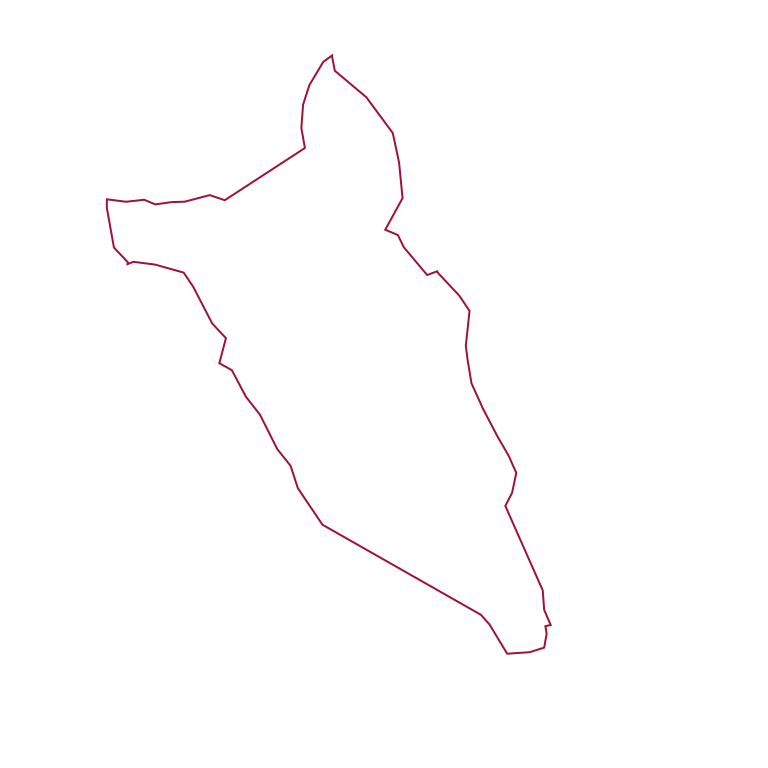 Morne Lastic, Soufrière, Saint Lucia, rotated 56°
{"feature_id": "8701671B74106328276296", "entity_name": "Morne Lastic", "entity_type": "district", "adm_level": 2, "iso_a3": "LCA", "parent_name": "Saint Lucia", "parent_adm1": "Soufrière", "projection": "robinson", "projection_center": [-61.059, 13.867], "detail": "fine", "context": "isolated", "style": "outline", "palette": "rose", "viewbox_px": 768, "rotation_deg": 56, "n_neighbors": 0, "source": "geoboundaries", "source_scale": "gbopen_adm2", "svg_char_len": 984}
<svg xmlns="http://www.w3.org/2000/svg" viewBox="0 0 768 768"><g transform="rotate(56 384 384)"><path d="M320.3,276.9L317.8,287.3L281.5,291.1L268.3,289.2L256.8,296.7L240.3,264.7L208.9,247.7L180.9,236.4L136.4,238.3L96.8,249.6L83.6,244.0L82.6,243.4L83.0,254.3L94.4,278.6L107.2,294.9L125.6,309.4L144.1,317.6L142.6,413.2L129.9,422.9L121.4,447.3L114.3,458.6L107.2,473.2L97.2,479.7L88.7,495.9L75.9,510.5L83.0,515.3L119.9,531.6L139.8,528.3L141.2,529.6L142.6,523.4L156.8,507.2L179.6,487.8L196.6,487.8L237.8,492.6L257.6,489.4L274.7,508.9L287.5,502.4L317.3,505.6L340.0,504.0L378.3,508.9L399.6,507.2L422.3,513.7L466.3,513.7L629.6,432.7L642.4,431.0L676.5,432.7L687.8,413.2L692.1,398.6L682.1,388.9L675.0,385.6L677.0,380.6L670.3,379.3L660.8,377.5L651.0,371.9L643.8,367.8L552.9,351.6L545.8,338.6L531.6,324.0L513.2,320.8L490.5,319.2L460.7,315.9L432.3,311.1L411.0,301.3L398.2,294.9L371.2,272.2L352.8,272.2L323.0,277.0L322.1,277.0L320.3,276.9Z" fill="none" stroke="#9f1239" stroke-width="2"/></g></svg>